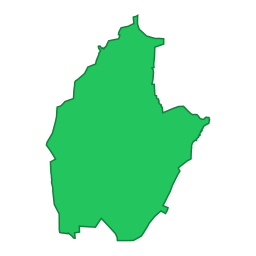 Talata Mafara, Zamfara, Nigeria (Mercator projection)
{"feature_id": "59680162B53803782710688", "entity_name": "Talata Mafara", "entity_type": "district", "adm_level": 2, "iso_a3": "NGA", "parent_name": "Nigeria", "parent_adm1": "Zamfara", "projection": "mercator", "projection_center": [6.093, 12.397], "detail": "fine", "context": "isolated", "style": "filled", "palette": "green", "viewbox_px": 256, "rotation_deg": 0, "n_neighbors": 0, "source": "geoboundaries", "source_scale": "gbopen_adm2", "svg_char_len": 3649}
<svg xmlns="http://www.w3.org/2000/svg" viewBox="0 0 256 256"><path d="M50.4,162.0L51.0,173.0L51.4,175.2L51.5,177.6L51.8,180.2L51.5,182.4L51.9,183.9L52.3,185.7L52.9,188.5L52.8,190.7L54.3,204.5L59.2,214.0L59.3,229.8L59.7,232.4L61.2,232.9L62.9,233.0L67.6,233.7L67.7,233.4L68.1,233.0L68.4,233.2L68.9,233.6L69.3,233.9L69.6,234.1L70.1,234.6L70.7,235.0L71.1,235.2L71.2,235.3L71.3,235.4L71.4,235.6L71.6,235.7L71.8,235.9L72.0,236.1L72.3,236.3L72.5,236.4L72.5,236.5L72.7,236.8L73.0,237.1L73.2,237.7L73.3,237.8L73.5,237.9L73.6,238.0L74.4,238.1L74.7,238.2L75.1,238.2L74.7,232.8L76.4,232.6L77.6,232.4L79.5,232.1L79.3,226.2L88.6,226.8L93.3,227.0L95.3,227.2L95.6,226.8L96.1,226.2L97.5,224.0L101.3,218.4L107.7,225.2L115.5,233.7L117.1,237.4L117.4,240.6L129.7,240.6L133.5,240.4L141.3,236.1L143.7,232.6L147.6,226.2L149.3,223.0L150.8,221.2L152.9,218.7L154.2,216.9L157.4,214.0L160.9,211.0L165.5,213.5L167.1,210.7L168.1,207.8L163.0,205.6L165.2,201.4L167.8,196.0L170.1,191.6L172.3,185.6L174.5,181.1L176.8,176.5L178.4,173.4L179.9,171.2L178.3,168.0L180.2,166.4L181.8,165.1L183.9,163.5L187.1,161.0L191.0,158.9L191.1,154.2L191.4,149.5L191.6,147.8L191.6,146.1L191.7,145.0L192.5,143.1L193.0,142.1L193.3,141.8L193.5,141.5L193.8,141.4L194.2,141.2L194.4,140.7L195.0,140.4L195.4,140.4L195.8,140.5L196.0,140.5L196.4,140.5L196.6,140.2L196.4,139.9L196.2,140.0L196.1,139.9L197.4,138.0L197.7,137.6L198.3,137.5L198.5,137.2L198.7,136.9L198.8,136.6L198.8,136.2L198.9,135.8L198.9,135.5L199.1,135.5L200.0,135.3L200.1,134.9L199.9,134.7L199.8,134.3L199.8,133.8L200.0,133.3L200.4,132.8L200.6,132.2L201.0,132.0L201.1,131.8L201.1,131.6L200.8,131.3L200.9,131.1L201.3,130.9L201.7,131.0L202.0,130.7L202.2,130.3L202.1,130.1L201.8,129.8L202.0,129.2L203.0,128.1L203.5,126.4L205.9,124.8L208.7,123.4L209.1,121.8L209.6,119.5L208.9,117.5L207.3,117.4L206.5,117.2L205.7,117.3L205.2,117.7L204.0,119.2L201.8,119.2L200.5,118.7L199.5,117.9L199.1,117.1L197.7,115.3L196.8,114.6L194.9,114.5L192.6,114.6L190.9,113.7L187.3,110.3L185.8,108.7L183.5,106.3L178.5,106.5L173.0,108.5L162.8,112.8L162.6,110.9L162.6,110.1L162.3,109.6L162.5,108.7L162.3,108.0L162.1,107.1L161.3,106.6L161.2,104.9L160.3,104.4L159.8,104.0L159.5,103.5L159.3,103.0L158.5,102.4L158.6,101.9L158.8,101.5L159.1,101.1L158.9,100.6L158.6,100.0L158.5,99.3L158.3,98.9L157.6,98.7L157.0,98.6L156.8,98.4L156.6,98.1L156.6,97.6L156.5,95.7L155.3,95.5L154.8,94.9L154.7,91.4L154.2,84.3L151.9,84.2L152.9,79.8L153.5,72.7L153.4,71.3L153.0,69.5L152.0,67.9L154.0,67.6L153.7,64.1L154.5,56.9L154.7,51.0L154.8,47.2L163.7,44.1L163.7,38.8L159.2,38.4L155.2,38.5L146.6,36.0L146.4,35.9L142.7,32.4L139.3,29.4L137.8,25.2L137.5,23.3L137.5,20.3L137.7,15.4L136.0,16.4L133.3,17.1L133.6,21.2L133.8,23.1L133.9,23.7L132.4,24.2L128.1,26.3L121.1,27.8L119.3,31.2L118.7,32.8L118.7,33.4L118.7,33.5L118.4,34.6L119.9,35.1L118.7,38.8L112.0,40.1L108.6,40.9L107.2,43.8L106.3,46.0L105.8,46.4L105.4,47.0L104.9,47.5L104.3,47.6L104.2,47.9L104.1,48.3L103.9,48.9L103.4,48.8L103.0,48.5L102.8,48.2L102.7,48.0L102.2,48.4L101.6,48.4L101.2,47.7L100.6,46.7L100.1,46.1L99.3,46.1L98.8,46.1L98.4,46.2L98.3,46.6L98.6,47.3L98.5,47.7L98.7,48.1L98.8,48.5L99.0,48.9L99.2,49.0L99.3,49.1L99.4,49.3L99.5,49.4L99.6,49.6L99.7,49.8L99.8,50.0L100.0,50.2L100.3,50.6L100.5,51.0L100.4,51.4L99.2,52.5L98.5,55.3L96.4,60.3L95.6,64.0L87.9,67.0L84.6,73.5L77.8,79.4L75.4,81.0L74.7,82.6L74.7,84.2L74.5,86.5L74.0,89.5L73.7,94.8L73.5,98.0L73.1,98.8L71.5,99.2L70.1,99.8L69.2,99.9L68.3,100.5L66.9,100.8L66.0,101.2L64.8,101.7L64.1,102.6L63.0,103.8L62.5,104.3L61.1,105.8L57.1,107.2L56.5,116.8L55.2,122.8L52.4,133.2L47.0,142.4L46.4,145.1L50.0,150.1L53.5,155.6L55.5,159.1L50.4,162.0Z" fill="#22c55e" stroke="#15803d" stroke-width="1.5"/></svg>